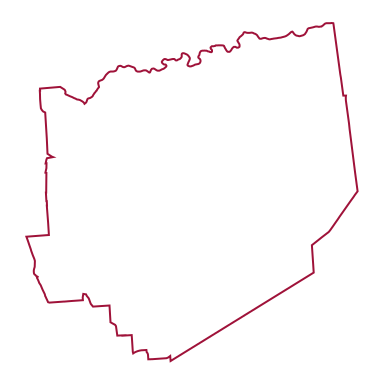 the district of West Torrens, South Australia, Australia
{"feature_id": "25037944B76769094445269", "entity_name": "West Torrens", "entity_type": "district", "adm_level": 2, "iso_a3": "AUS", "parent_name": "Australia", "parent_adm1": "South Australia", "projection": "albers", "projection_center": [138.535, -34.943], "detail": "fine", "context": "isolated", "style": "outline", "palette": "rose", "viewbox_px": 384, "rotation_deg": 0, "n_neighbors": 0, "source": "geoboundaries", "source_scale": "gbopen_adm2", "svg_char_len": 5583}
<svg xmlns="http://www.w3.org/2000/svg" viewBox="0 0 384 384"><path d="M333.3,23.2L331.5,23.0L330.3,23.2L327.8,23.2L327.1,23.2L326.4,23.2L325.7,23.4L324.9,23.7L322.7,25.7L321.6,26.3L321.5,26.5L321.2,26.5L320.5,26.6L319.2,26.8L318.6,26.8L317.6,26.6L316.7,26.5L315.4,26.6L313.1,27.3L308.5,28.3L307.7,28.9L306.5,31.7L304.9,34.1L304.4,34.5L303.0,35.3L300.5,36.0L299.8,36.2L299.1,36.2L298.1,35.9L296.5,35.6L296.2,35.5L295.4,35.0L294.3,34.1L292.7,31.9L292.2,31.6L290.9,32.2L289.1,33.9L287.8,34.9L286.3,35.9L284.9,36.5L281.8,37.3L280.8,37.6L278.3,37.9L277.0,38.2L273.6,38.6L272.8,38.8L271.9,38.9L270.1,39.3L269.3,39.3L268.8,39.2L266.4,38.4L265.9,38.1L264.9,37.9L263.2,38.1L261.0,38.8L259.8,38.7L259.4,38.5L259.1,38.1L259.0,37.9L257.8,36.4L257.6,35.9L257.0,35.1L256.0,34.3L254.9,33.7L254.3,33.6L253.2,33.0L252.4,32.7L251.6,32.6L249.2,32.9L247.8,32.9L246.5,32.7L245.0,32.2L244.4,32.2L244.0,32.4L243.7,32.6L243.4,33.4L243.2,33.9L242.8,34.5L242.1,35.1L241.4,35.8L240.2,36.7L239.5,37.3L239.2,37.9L237.8,39.8L237.4,40.5L237.5,41.0L237.7,41.5L238.2,42.1L238.5,42.8L239.0,43.4L239.5,44.6L239.6,45.9L239.5,46.6L239.4,46.9L238.8,47.3L238.0,47.7L236.9,47.7L235.5,46.9L233.8,46.9L233.4,47.2L232.8,47.7L232.0,48.7L231.2,50.1L230.6,50.9L229.9,51.6L229.6,51.8L227.9,51.8L227.3,51.5L227.0,51.2L226.2,50.1L225.7,49.1L225.2,48.5L224.5,46.9L224.2,46.6L224.1,46.1L223.9,45.8L223.2,45.5L222.4,45.4L222.2,45.4L220.3,45.3L216.9,45.4L215.9,45.4L215.5,45.5L215.4,45.7L215.2,45.9L213.2,46.3L212.2,46.2L211.7,46.3L211.5,46.5L210.9,47.1L210.6,47.4L210.6,48.0L210.9,48.9L211.5,49.4L212.0,50.2L212.0,51.5L211.7,52.0L211.2,52.2L210.0,52.0L209.2,51.6L207.7,51.3L207.1,50.9L206.5,50.7L205.9,50.7L204.6,50.6L202.2,50.7L201.5,50.9L200.8,51.2L200.4,51.8L200.0,52.3L199.7,53.1L199.5,54.2L199.4,54.9L198.4,56.4L198.3,57.3L198.4,57.7L199.2,58.5L199.9,59.0L200.2,59.5L200.5,60.3L200.5,61.4L200.3,62.1L199.9,62.9L199.3,63.5L198.3,64.0L195.1,64.6L193.5,65.5L192.6,65.8L190.9,66.4L189.7,66.4L188.8,66.1L188.1,65.8L187.6,65.3L187.5,64.7L188.0,63.3L188.7,61.6L189.3,60.5L189.5,59.8L189.8,59.0L189.8,58.2L189.6,57.5L188.3,55.7L187.7,55.1L186.9,54.5L184.9,53.6L184.4,53.4L183.3,53.2L182.9,53.2L182.3,53.4L182.0,53.7L181.8,54.1L181.7,54.4L181.7,55.3L181.7,56.8L181.4,57.3L181.0,57.9L180.0,58.9L177.7,59.8L177.1,60.3L176.7,60.4L175.9,60.4L175.5,60.2L175.0,59.6L174.5,59.1L173.8,59.0L173.0,59.0L172.2,59.1L171.0,59.4L169.2,59.8L168.8,59.9L168.2,60.0L167.6,60.0L166.2,59.3L165.4,59.1L164.9,59.0L164.4,59.1L163.9,59.3L162.8,60.3L162.0,61.4L161.8,61.9L161.9,62.4L162.1,62.8L162.5,63.3L163.6,64.2L164.1,64.5L165.4,64.5L165.7,64.6L166.2,65.3L166.4,65.6L166.4,66.1L166.2,66.6L165.8,67.0L164.2,68.4L163.3,68.9L161.8,69.4L160.4,70.2L159.2,70.7L157.8,70.7L157.1,70.5L156.5,70.2L154.4,68.8L153.6,68.5L152.2,68.7L151.8,68.9L150.9,70.1L150.2,71.9L149.9,72.4L149.6,72.5L149.2,72.5L146.5,70.6L145.9,70.4L145.2,70.3L143.5,70.4L140.8,71.4L139.9,71.6L137.9,71.6L137.3,71.5L136.6,71.1L136.0,70.7L135.5,69.8L135.0,68.5L134.6,68.0L134.1,67.6L133.5,67.3L132.5,67.0L129.5,65.9L128.7,65.7L128.1,65.7L127.4,65.9L126.7,66.1L125.2,66.9L124.7,67.1L124.2,67.2L123.2,67.1L122.5,66.8L121.3,66.1L120.7,65.9L120.2,65.8L119.7,65.9L119.1,66.0L118.1,66.5L117.7,67.2L117.0,68.9L116.2,70.3L115.7,70.8L114.6,71.2L113.9,71.4L113.2,71.5L110.9,71.5L110.3,71.6L109.5,71.9L108.7,72.3L107.4,73.5L105.9,75.0L104.9,76.6L104.0,78.1L103.5,78.8L102.3,79.8L101.6,80.1L100.2,80.6L99.3,81.0L98.7,81.5L98.4,82.1L98.2,82.8L98.2,83.6L99.0,86.9L99.0,87.1L98.7,87.5L97.6,88.9L97.0,89.9L96.5,90.8L96.1,91.0L95.1,92.5L94.5,93.0L94.3,93.4L93.9,94.0L93.1,95.2L92.7,96.1L92.0,96.8L91.7,97.0L90.3,97.9L89.7,98.1L88.8,98.3L88.0,98.6L87.7,98.8L87.4,99.3L87.0,100.3L86.9,100.7L86.3,102.2L85.9,102.7L84.5,103.8L84.1,103.0L83.5,102.3L82.5,101.5L80.1,100.1L78.8,99.7L77.3,99.5L76.6,99.3L75.5,98.6L74.3,98.2L72.2,97.1L69.9,96.2L67.1,94.9L65.8,94.4L65.3,93.6L65.2,93.4L65.4,92.9L65.5,91.6L64.9,90.1L64.3,89.5L60.2,86.9L40.0,88.6L40.1,90.7L39.8,90.7L40.0,94.3L40.0,95.0L40.1,99.2L40.5,104.2L40.9,108.3L41.7,109.8L43.0,111.4L45.2,112.5L46.8,138.6L47.3,149.3L47.5,153.8L51.8,156.6L53.0,157.1L47.0,158.2L46.4,159.7L45.6,163.4L46.5,163.3L46.4,168.2L45.4,172.7L46.4,172.9L46.2,192.6L45.9,192.6L46.4,201.1L46.8,201.1L47.0,205.6L46.8,205.6L48.1,222.4L48.9,235.0L26.4,236.7L28.0,241.1L29.0,244.1L30.8,249.3L31.2,250.8L32.9,255.5L33.2,256.2L34.3,258.9L34.9,260.9L34.8,264.2L34.7,266.8L34.5,267.6L34.2,268.5L33.9,269.8L33.8,270.5L33.8,272.0L33.9,272.7L34.0,273.5L34.5,274.4L35.3,274.9L35.5,275.1L36.0,275.8L36.2,276.0L37.4,276.6L37.7,276.8L37.6,277.0L37.1,277.1L36.9,277.5L37.0,277.9L37.9,279.6L38.7,281.5L39.2,282.9L40.7,285.2L42.5,289.5L44.7,294.0L45.0,295.0L45.2,295.9L45.3,296.3L45.9,297.3L46.3,298.4L47.0,299.7L47.1,300.0L48.1,302.2L49.5,302.6L63.5,301.6L64.2,301.6L71.5,301.0L82.9,300.2L82.7,297.5L83.3,293.9L86.1,294.4L86.2,294.7L86.7,295.8L88.7,298.3L89.1,299.3L90.5,303.2L90.8,303.9L93.0,306.6L109.5,305.5L110.5,322.3L115.2,324.9L116.0,326.2L117.3,335.6L124.1,335.3L123.8,335.6L131.7,335.1L132.0,339.3L132.8,351.9L133.2,353.4L134.5,352.5L136.2,351.7L137.8,351.1L139.6,350.6L141.4,350.3L146.4,350.0L146.7,352.2L147.4,353.0L147.8,353.9L148.0,354.8L148.3,359.3L152.1,359.2L166.5,358.2L168.2,357.5L170.2,356.0L170.6,361.0L248.6,312.8L313.7,272.6L313.2,264.6L311.9,245.2L321.8,237.3L328.7,232.0L329.3,231.3L330.4,229.9L333.5,225.5L335.5,222.6L337.9,219.2L339.7,216.5L351.1,200.3L353.5,197.0L354.9,194.9L357.6,191.3L355.1,172.6L350.8,138.5L349.6,129.1L349.0,123.3L345.9,100.6L345.8,99.1L345.8,97.0L346.0,95.6L343.3,95.6L340.9,77.8L340.3,74.4L333.5,24.2L333.3,23.2Z" fill="none" stroke="#9f1239" stroke-width="2"/></svg>